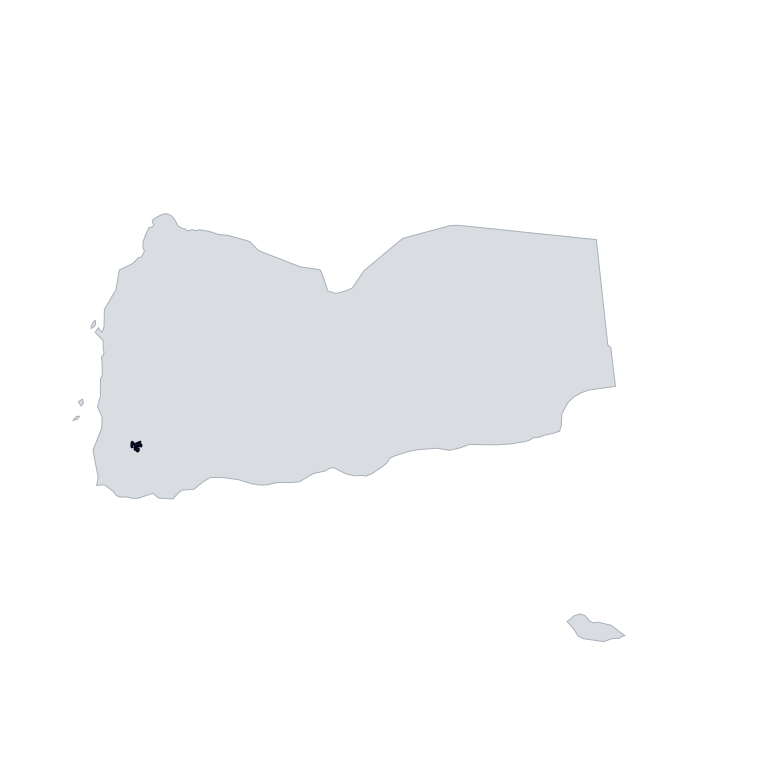 Sabir Al Mawadim, Ta`izz, Yemen (highlighted), rotated 15°
{"feature_id": "15242507B26080958654520", "entity_name": "Sabir Al Mawadim", "entity_type": "district", "adm_level": 2, "iso_a3": "YEM", "parent_name": "Yemen", "parent_adm1": "Ta`izz", "projection": "natural_earth1", "projection_center": [44.03, 13.53], "detail": "fine", "context": "in_parent", "style": "filled", "palette": "ink", "viewbox_px": 768, "rotation_deg": 15, "n_neighbors": 0, "source": "geoboundaries", "source_scale": "gbopen_adm2", "svg_char_len": 5236}
<svg xmlns="http://www.w3.org/2000/svg" viewBox="0 0 768 768"><g transform="rotate(15 384 384)"><path d="M608.2,326.4L583.4,336.8L576.8,341.4L570.9,347.1L566.5,354.2L563.5,366.7L566.0,378.1L565.8,384.2L559.4,388.3L553.4,391.2L546.8,395.7L542.7,396.8L539.4,400.3L535.6,402.8L521.7,409.2L506.5,414.2L482.3,420.2L473.0,426.6L464.5,431.1L451.6,432.4L433.8,438.6L424.0,443.5L411.8,451.5L409.1,454.0L406.9,459.9L403.2,465.0L395.8,473.4L390.3,477.7L386.6,477.9L379.4,480.3L370.9,480.7L356.6,477.8L352.9,479.9L349.9,483.1L338.9,488.8L327.7,500.3L319.5,503.3L306.3,506.9L297.0,511.7L290.8,513.6L282.7,514.6L267.9,514.1L253.8,515.9L240.7,519.1L234.6,525.2L227.6,534.9L216.2,538.9L213.5,542.4L210.0,549.5L202.6,551.3L195.9,552.5L189.0,549.4L176.1,558.0L171.2,559.5L163.8,559.8L158.5,561.6L154.7,561.1L150.0,557.7L140.0,553.7L132.7,556.3L132.1,548.2L120.0,523.3L122.6,501.6L122.6,498.5L120.2,488.8L113.0,480.0L113.2,468.8L110.8,460.7L108.9,452.5L109.5,450.3L109.6,448.3L106.0,435.6L104.7,433.0L104.3,430.4L105.5,428.3L105.4,426.0L103.5,422.1L101.4,414.7L91.6,408.9L93.6,403.4L95.5,405.3L98.1,406.9L98.7,403.4L98.7,400.8L94.6,384.3L100.7,362.3L98.8,342.5L108.0,334.5L110.4,332.1L111.7,330.0L113.9,325.5L116.9,324.0L118.0,319.3L117.9,316.9L116.0,314.9L114.5,309.3L115.0,302.3L115.5,299.4L116.5,294.0L119.7,292.0L120.5,290.4L118.0,287.0L118.2,285.0L123.7,279.3L125.9,277.6L129.5,275.9L132.3,275.9L135.5,276.9L138.3,278.5L141.1,281.4L144.1,284.6L148.6,285.9L151.6,285.6L154.1,287.0L156.3,286.2L158.7,284.5L162.5,284.6L166.0,282.7L175.8,281.8L185.3,282.4L195.2,280.8L205.1,280.9L215.0,281.0L217.3,281.3L219.4,282.3L227.8,287.3L234.2,288.3L247.0,289.7L260.7,291.2L272.6,292.5L282.6,291.3L290.9,290.3L293.2,290.5L295.7,293.6L300.8,301.3L305.6,308.6L313.9,309.0L319.2,306.3L325.0,302.4L328.6,299.4L332.7,287.5L335.3,279.8L341.4,271.2L346.5,263.9L353.3,254.3L357.0,249.0L364.4,238.5L371.4,234.4L385.1,226.5L398.4,218.8L407.1,213.8L414.6,211.5L427.0,209.5L441.6,207.1L456.3,204.8L471.9,202.3L489.3,199.6L501.2,197.7L516.4,195.2L529.0,193.2L540.2,191.4L551.8,189.6L554.0,195.4L556.3,201.2L558.5,207.1L560.8,212.9L563.0,218.7L565.3,224.5L567.6,230.4L569.8,236.2L572.1,242.0L574.3,247.8L576.6,253.6L578.9,259.5L581.1,265.3L583.4,271.1L585.6,276.9L587.9,282.8L590.1,288.4L593.7,290.3L595.8,295.7L598.9,303.4L602.0,311.1L605.1,318.7L608.2,326.4ZM644.5,559.9L647.5,560.6L652.2,558.6L665.6,558.3L681.8,564.8L678.7,566.5L676.9,568.8L669.9,571.0L662.9,576.0L642.4,578.4L636.4,577.0L631.4,572.2L622.2,565.9L625.8,561.9L626.6,560.1L627.9,558.4L633.0,555.3L638.2,555.8L644.5,559.9ZM98.0,482.3L97.3,483.5L96.4,483.2L93.3,480.1L96.7,476.7L98.5,479.9L98.0,482.3ZM88.3,404.7L86.7,406.0L86.2,403.8L87.3,398.7L88.9,397.2L90.0,401.0L89.3,403.1L88.3,404.7ZM96.4,497.8L93.1,499.6L95.3,495.0L97.6,494.0L98.3,494.2L96.4,497.8Z" fill="#d9dde1" stroke="#a8b0b8" stroke-width="1"/><path d="M164.6,504.8L164.3,504.7L164.0,504.4L163.6,503.9L163.4,503.6L163.4,503.4L163.7,503.1L163.9,502.8L163.8,502.7L163.5,502.6L163.2,502.7L163.2,502.8L163.1,503.0L163.2,503.8L162.9,503.9L162.8,503.6L162.7,503.7L162.3,503.6L162.1,503.7L161.9,503.7L161.9,503.8L161.7,504.1L161.8,504.2L161.8,504.3L161.8,504.5L161.7,504.6L161.4,504.7L161.2,504.5L161.0,504.8L160.9,504.8L160.9,505.0L160.7,505.0L160.4,505.1L160.5,505.2L160.4,505.2L160.4,505.3L160.4,505.5L160.5,505.5L160.8,505.7L160.7,505.8L160.7,506.0L160.5,506.4L160.3,506.3L160.1,506.3L159.9,506.4L159.7,506.4L159.4,506.2L159.2,506.2L158.9,506.1L158.7,506.1L158.4,506.5L158.6,506.9L158.7,507.0L158.7,507.4L158.7,507.6L158.9,508.1L159.0,508.3L159.1,508.5L159.4,508.6L159.7,508.7L159.9,508.7L160.2,508.8L160.3,509.0L160.2,509.1L159.9,509.2L159.6,509.4L159.5,509.5L159.4,509.7L159.3,509.8L159.2,509.9L159.2,510.2L159.2,510.3L159.3,510.5L159.6,510.5L159.6,510.4L159.7,510.2L159.9,510.0L160.0,510.0L160.2,509.9L160.3,510.0L160.5,510.0L160.6,510.3L160.8,510.6L160.7,510.7L160.8,510.8L160.8,511.0L160.7,511.1L160.6,511.3L160.3,511.4L160.2,511.4L160.2,511.5L160.3,511.7L160.3,511.9L160.2,512.1L160.3,512.1L160.5,512.1L160.8,511.9L161.1,512.0L161.4,512.3L161.6,512.4L161.7,512.5L162.0,512.6L162.4,512.8L163.0,513.1L163.4,513.2L163.5,513.2L163.8,512.9L164.2,512.6L164.4,512.2L164.4,511.6L164.5,511.2L164.3,511.0L164.1,510.7L164.0,510.4L164.0,510.0L163.2,510.0L162.8,509.8L161.6,509.0L161.7,508.7L161.8,508.6L161.9,508.3L162.2,508.0L162.4,507.9L162.5,507.9L163.1,508.1L163.5,507.8L164.0,507.8L164.2,507.6L164.5,507.3L164.7,507.2L164.9,506.9L165.2,507.3L165.5,507.2L165.7,507.3L165.9,506.4L165.8,505.9L165.8,505.7L165.5,505.4L165.1,505.1L164.6,504.8ZM157.2,510.5L157.4,510.3L157.5,510.2L157.4,509.7L157.2,509.4L157.1,509.2L157.0,508.9L156.9,508.7L156.8,508.8L156.8,508.5L157.0,508.4L157.3,508.0L157.4,507.8L157.5,507.5L157.6,507.0L157.7,506.9L157.7,506.6L157.7,506.2L157.8,506.1L157.8,505.9L157.7,505.7L157.4,505.7L157.2,505.7L156.9,505.5L156.7,505.5L156.4,505.5L156.2,505.5L156.1,505.4L155.9,505.3L155.9,505.2L156.0,505.0L156.0,504.9L156.0,504.7L155.8,504.7L155.3,505.2L155.1,505.4L155.1,505.5L155.2,505.9L155.3,506.3L155.4,506.8L155.2,507.2L155.3,507.5L155.4,507.8L155.6,508.4L155.8,509.1L155.9,509.3L156.0,509.5L156.1,509.9L156.1,510.0L156.3,510.1L156.4,510.4L156.7,510.5L157.0,510.6L157.2,510.5Z" fill="#0f172a" stroke="#020617" stroke-width="1.5"/></g></svg>